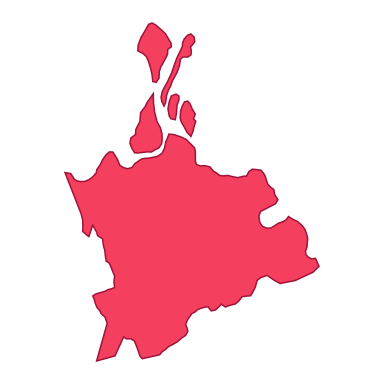 Apicum-Açu, Maranhão, Brazil (Natural Earth projection)
{"feature_id": "56859067B98855082713", "entity_name": "Apicum-Açu", "entity_type": "district", "adm_level": 2, "iso_a3": "BRA", "parent_name": "Brazil", "parent_adm1": "Maranhão", "projection": "natural_earth1", "projection_center": [-45.087, -1.505], "detail": "fine", "context": "isolated", "style": "filled", "palette": "rose", "viewbox_px": 384, "rotation_deg": 0, "n_neighbors": 0, "source": "geoboundaries", "source_scale": "gbopen_adm2", "svg_char_len": 3633}
<svg xmlns="http://www.w3.org/2000/svg" viewBox="0 0 384 384"><path d="M315.5,258.3L311.9,259.0L308.7,257.5L305.9,254.7L305.5,251.0L306.9,247.4L307.7,238.3L306.6,234.2L305.1,229.7L302.4,225.8L297.9,221.7L292.5,219.1L288.5,216.5L286.1,219.8L283.1,221.6L278.4,223.2L274.2,226.0L270.8,228.0L266.8,228.2L262.4,226.3L259.7,222.2L259.0,216.0L260.5,211.4L264.1,209.7L267.5,207.9L271.1,206.0L275.6,203.7L277.9,199.8L274.8,194.7L273.8,189.6L270.6,187.1L267.8,184.3L266.4,180.0L265.1,175.9L263.2,172.8L260.8,170.1L256.3,169.6L252.4,169.2L249.0,171.4L246.6,176.0L243.0,176.3L238.0,177.6L233.2,176.8L227.8,175.4L223.6,175.9L220.1,175.6L216.4,172.9L213.2,170.9L209.9,166.8L204.6,165.6L200.7,166.0L196.5,164.5L195.4,161.3L195.4,156.3L195.3,151.3L194.6,147.9L186.2,139.4L180.9,136.9L177.0,135.6L173.6,134.5L168.9,134.1L167.2,138.8L165.7,141.9L164.6,147.9L162.2,153.1L157.8,156.2L154.1,157.1L148.3,158.2L144.0,158.4L141.1,159.2L137.8,161.6L134.8,163.6L132.0,167.5L127.7,168.7L123.0,167.5L119.6,164.9L117.7,159.9L115.0,155.4L112.8,152.0L109.4,151.9L106.0,154.9L102.6,159.7L99.9,165.3L97.0,169.2L96.2,172.9L92.7,176.9L88.9,179.7L84.5,181.5L80.2,181.5L77.2,181.0L74.4,179.3L70.7,173.5L65.0,172.6L81.1,213.8L82.6,219.5L82.9,226.5L82.7,231.4L86.4,234.7L88.9,236.6L90.5,231.8L92.7,225.2L96.6,232.1L97.6,235.7L102.6,238.8L103.1,243.3L103.7,246.7L104.8,250.4L105.4,256.2L106.2,261.3L108.9,262.7L110.4,265.6L112.3,270.4L114.6,276.2L113.9,281.8L114.6,287.6L110.9,288.9L107.8,289.7L104.5,291.5L99.6,292.8L95.5,294.1L92.8,296.0L94.2,299.3L95.4,303.6L97.0,307.4L99.6,310.5L101.3,313.9L104.9,316.9L107.2,323.3L96.6,361.0L100.2,360.0L115.0,355.9L123.6,337.0L126.5,338.9L130.9,338.8L134.4,341.0L136.7,346.6L138.3,351.1L140.1,356.3L142.3,358.7L153.8,356.1L159.6,354.8L162.1,351.8L165.4,349.6L168.5,346.6L173.1,344.3L177.5,341.7L181.4,338.2L185.6,335.4L187.8,331.3L187.0,327.7L185.6,324.5L187.5,319.9L189.4,316.9L192.0,313.5L195.1,312.0L197.3,309.8L200.4,308.5L204.6,307.2L208.0,306.8L211.2,310.9L215.5,310.0L218.3,307.4L221.4,304.2L225.3,307.0L230.6,305.1L235.3,304.0L238.8,301.0L242.1,296.7L247.5,296.0L250.5,295.8L252.2,293.2L255.3,287.2L257.1,280.5L260.9,277.5L267.2,275.4L274.2,280.3L280.1,283.5L295.3,280.5L313.2,272.1L319.0,266.3L315.5,258.3ZM155.4,149.6L158.9,147.9L161.6,143.8L162.2,139.3L161.9,133.4L160.4,127.8L156.9,121.3L154.6,111.9L153.5,102.8L153.3,93.6L147.2,102.3L145.5,106.1L140.6,112.6L139.9,121.4L135.8,129.6L135.5,134.5L130.9,138.0L129.9,143.4L132.0,148.5L134.6,152.8L137.9,153.0L147.0,151.9L151.5,152.0L155.4,149.6ZM159.0,78.1L159.3,71.6L160.9,66.7L162.7,63.7L165.1,59.2L167.5,54.4L167.8,49.3L171.3,46.9L171.1,43.2L167.8,37.8L165.3,33.5L159.6,28.3L155.6,24.9L152.1,23.0L148.6,24.3L144.3,32.0L140.9,37.8L138.1,45.2L137.8,50.8L143.1,53.6L146.2,56.4L148.4,61.1L150.6,68.4L152.0,74.5L152.4,78.0L152.8,81.6L156.3,82.3L159.0,78.1ZM165.5,102.9L166.7,95.1L168.4,90.2L170.7,85.9L172.2,81.3L174.4,77.3L176.7,73.1L178.0,69.9L179.6,65.2L180.4,59.4L182.9,57.0L188.0,57.0L190.9,54.9L191.4,51.4L190.6,46.9L192.8,44.4L194.8,41.7L194.1,37.0L190.9,34.0L187.5,35.3L184.1,39.1L182.6,42.8L182.4,46.3L180.1,51.3L177.0,57.6L174.8,63.5L171.8,72.4L167.5,81.7L164.4,87.3L162.2,91.7L161.1,97.2L161.7,101.4L164.0,106.1L165.5,102.9ZM193.0,131.3L194.3,125.9L195.8,121.2L193.5,118.9L195.3,114.1L192.4,109.3L189.9,103.6L187.8,101.1L184.5,101.8L182.6,105.3L180.6,110.8L180.4,114.3L180.2,118.1L181.4,122.2L184.0,126.6L187.2,132.6L190.9,136.5L193.0,131.3ZM176.5,113.0L177.0,105.4L179.0,99.8L178.9,96.0L176.1,94.1L171.4,95.9L169.3,101.5L168.5,105.4L168.0,109.1L168.6,112.6L169.2,116.0L171.1,118.8L175.3,119.7L176.5,113.0Z" fill="#f43f5e" stroke="#9f1239" stroke-width="1.5"/></svg>